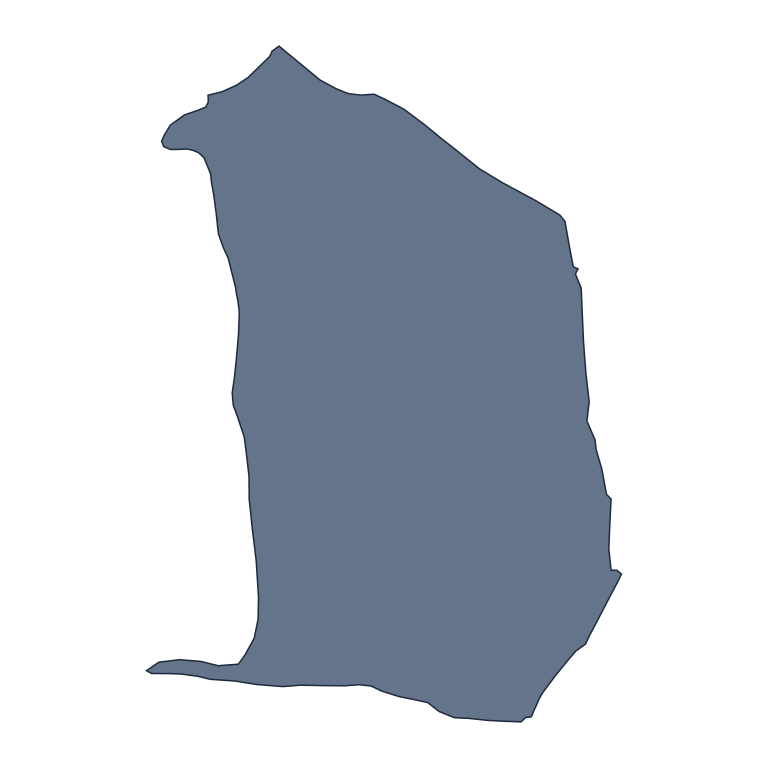 the district of Gros Islet Town, Gros Islet, Saint Lucia
{"feature_id": "8701671B30275732730591", "entity_name": "Gros Islet Town", "entity_type": "district", "adm_level": 2, "iso_a3": "LCA", "parent_name": "Saint Lucia", "parent_adm1": "Gros Islet", "projection": "mercator", "projection_center": [-60.953, 14.081], "detail": "fine", "context": "isolated", "style": "filled", "palette": "slate", "viewbox_px": 768, "rotation_deg": 0, "n_neighbors": 0, "source": "geoboundaries", "source_scale": "gbopen_adm2", "svg_char_len": 1844}
<svg xmlns="http://www.w3.org/2000/svg" viewBox="0 0 768 768"><path d="M208.0,95.2L208.2,98.0L208.2,102.4L205.7,107.1L198.2,110.2L184.5,114.9L170.3,125.1L164.0,135.6L161.6,141.3L163.8,146.7L170.6,149.5L179.3,149.4L187.0,149.0L192.8,150.3L198.5,152.6L204.0,157.8L208.3,168.2L210.7,174.3L211.4,181.7L214.0,196.7L214.7,202.0L216.3,214.2L217.9,229.5L218.6,234.5L223.5,248.0L228.2,258.2L235.6,287.6L236.4,293.5L237.9,300.7L239.3,311.9L239.2,316.2L238.9,323.7L238.5,334.3L236.5,357.4L234.5,377.0L232.2,393.0L233.3,405.4L237.3,416.1L244.3,437.2L246.6,455.5L249.0,476.3L249.2,499.3L250.7,513.3L251.6,522.4L252.3,528.7L256.2,560.7L258.5,597.3L258.1,619.3L254.2,638.2L245.1,654.8L238.3,664.2L218.2,665.7L200.8,661.4L179.5,659.7L158.8,662.2L146.5,670.7L151.5,673.5L168.9,673.6L181.9,674.1L197.8,676.3L210.2,679.3L234.6,681.0L256.6,684.5L282.9,686.6L300.0,685.2L312.1,685.4L322.4,685.6L345.1,685.8L359.0,684.7L371.0,686.0L381.9,691.2L399.2,696.6L415.2,699.8L427.7,702.6L439.1,711.5L454.3,717.7L469.0,718.4L487.7,720.4L504.7,721.3L514.5,721.6L521.0,721.9L525.8,717.4L530.6,717.1L532.1,715.7L533.1,712.3L536.3,705.5L539.3,698.5L542.3,693.4L544.3,690.5L556.3,674.5L565.5,663.3L566.7,661.8L569.3,658.6L575.9,651.0L585.6,644.0L588.2,638.3L589.0,636.5L599.1,617.4L610.2,596.0L616.4,584.3L618.8,579.7L621.5,574.1L616.8,570.2L611.1,570.2L608.8,548.8L609.9,522.8L611.1,499.1L606.5,494.3L601.9,469.5L596.1,449.3L595.0,439.8L586.9,420.9L589.2,401.9L585.8,372.3L583.5,341.5L582.3,314.3L581.2,288.2L575.4,274.0L578.0,268.9L573.3,266.7L569.9,249.3L565.0,221.5L559.9,215.1L535.8,200.7L502.4,182.7L479.4,168.8L456.9,150.7L440.5,137.8L425.1,125.1L403.9,109.2L384.8,99.2L374.1,94.2L360.6,95.1L347.9,93.5L335.9,88.6L320.0,80.0L279.0,46.1L272.0,51.2L271.4,53.0L269.6,56.5L248.2,77.4L236.5,85.2L222.2,91.7L208.0,95.2Z" fill="#64748b" stroke="#1e293b" stroke-width="1.5"/></svg>